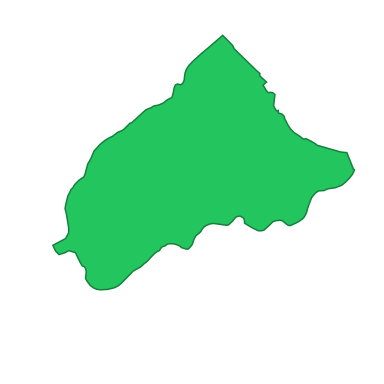 the district of Al-Qardaha, Lattakia, Syria, rotated 317°
{"feature_id": "27442178B45607569668873", "entity_name": "Al-Qardaha", "entity_type": "district", "adm_level": 2, "iso_a3": "SYR", "parent_name": "Syria", "parent_adm1": "Lattakia", "projection": "equal_earth", "projection_center": [36.094, 35.442], "detail": "fine", "context": "isolated", "style": "filled", "palette": "green", "viewbox_px": 384, "rotation_deg": 317, "n_neighbors": 0, "source": "geoboundaries", "source_scale": "gbopen_adm2", "svg_char_len": 3095}
<svg xmlns="http://www.w3.org/2000/svg" viewBox="0 0 384 384"><g transform="rotate(317 192 192)"><path d="M321.3,98.4L301.6,97.6L292.0,97.1L282.9,97.0L276.0,97.3L271.4,98.5L268.3,100.1L266.9,101.2L265.2,102.5L262.5,104.9L259.8,106.1L257.1,106.1L255.0,103.1L252.8,102.4L249.9,103.7L246.4,106.3L241.8,109.2L237.6,107.9L234.5,107.5L231.9,107.4L227.3,105.8L222.4,102.9L219.7,102.5L215.5,100.8L214.0,100.4L205.2,100.3L194.9,100.2L193.8,99.4L190.1,99.5L184.6,99.7L182.7,99.3L180.4,98.4L178.1,97.6L172.0,97.1L168.2,95.9L164.0,95.0L159.9,94.6L156.0,94.5L152.6,94.9L148.0,95.3L141.1,98.5L134.9,100.4L131.0,102.8L126.0,106.0L122.9,107.2L117.6,106.3L112.5,106.5L109.8,106.9L107.8,107.7L105.6,107.6L98.2,110.4L90.9,115.2L87.8,117.6L85.8,121.3L83.5,124.9L79.5,130.9L77.6,133.8L73.9,137.7L67.8,139.8L53.9,136.1L51.9,142.3L52.1,147.1L57.5,149.7L61.9,150.9L65.4,156.9L64.0,161.3L63.5,162.6L63.3,163.5L62.4,166.5L61.3,171.1L62.3,173.6L61.8,175.6L60.6,177.8L57.8,180.4L55.2,182.6L54.4,185.7L53.8,191.0L54.6,195.0L55.8,197.9L58.5,201.3L58.8,201.5L64.0,205.8L70.0,209.1L74.0,210.3L77.7,210.6L80.9,210.4L82.0,210.4L82.4,210.3L82.7,210.3L83.5,210.3L92.5,209.9L94.8,209.7L96.9,210.2L100.8,211.1L103.5,211.8L107.5,211.8L111.0,212.1L113.3,212.1L116.9,211.7L122.5,211.5L125.9,211.8L127.7,212.5L128.8,212.5L132.1,211.6L134.0,212.3L136.1,213.2L137.3,213.2L138.8,213.5L140.6,214.8L143.1,217.3L145.1,220.4L146.3,223.5L146.3,225.3L146.9,226.4L148.6,229.4L149.9,231.0L151.3,231.2L153.8,231.0L156.8,230.4L161.0,228.0L164.8,226.7L166.7,226.7L168.7,227.0L170.4,227.0L171.9,226.8L174.2,226.1L176.9,225.7L179.6,226.2L183.1,227.5L185.6,229.1L187.5,231.1L191.8,236.5L194.8,240.1L195.9,240.8L197.5,241.0L200.3,241.0L202.1,241.0L204.9,240.4L207.4,240.4L209.4,241.3L210.9,242.7L211.9,246.3L211.0,248.5L209.2,250.6L211.2,258.0L213.0,262.9L214.1,265.6L215.6,267.0L216.6,267.9L217.2,268.2L217.9,268.6L218.7,269.0L221.4,269.1L226.4,269.1L230.8,268.9L232.5,269.6L233.9,270.3L237.8,273.2L238.6,275.5L239.0,278.6L239.2,279.8L239.6,282.1L241.2,283.7L243.6,284.5L246.0,285.3L249.7,286.4L254.5,287.1L256.8,286.9L259.4,286.1L262.3,284.8L265.1,283.0L268.6,281.1L275.4,277.8L278.5,277.2L282.1,277.0L285.2,277.5L285.5,277.7L286.4,278.4L288.5,280.1L289.5,281.0L290.5,281.3L291.4,281.5L293.9,282.6L296.0,284.0L299.5,286.5L306.1,289.2L310.7,289.5L316.4,289.3L321.4,288.5L325.4,286.9L325.9,286.5L325.8,285.0L328.4,278.4L332.1,268.8L328.0,264.1L326.8,262.1L325.7,260.3L323.8,257.1L321.7,253.7L319.5,249.9L315.4,243.2L315.4,242.4L315.2,241.4L315.0,240.4L314.7,239.4L314.4,238.4L313.9,236.7L313.4,235.0L313.2,234.6L311.6,230.5L310.0,229.9L309.4,228.4L309.0,225.9L308.9,225.2L308.6,224.0L308.1,221.6L307.1,218.1L307.1,213.5L307.7,209.1L309.9,201.3L311.1,199.6L310.9,196.2L310.0,194.7L309.1,193.1L310.7,191.2L309.1,190.2L310.3,184.8L319.1,177.3L319.1,177.2L318.9,174.9L317.6,172.8L315.5,171.3L315.6,167.8L316.1,166.0L316.8,162.4L318.1,162.4L319.4,162.3L321.5,162.5L321.2,158.4L321.0,156.6L320.8,153.1L322.5,151.6L322.0,147.4L321.8,143.7L321.4,135.0L320.8,122.6L320.5,115.9L321.7,112.5L321.3,98.4Z" fill="#22c55e" stroke="#15803d" stroke-width="1.5"/></g></svg>